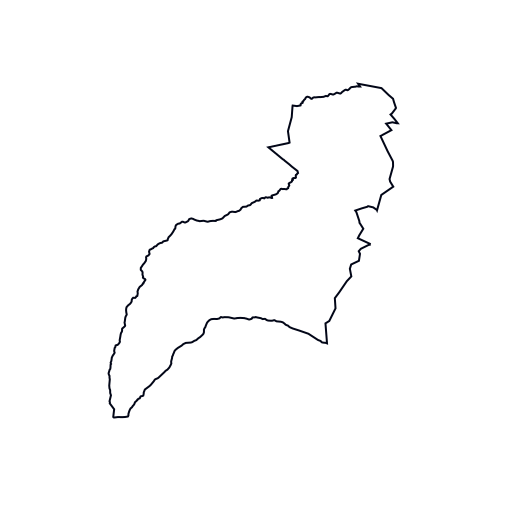 Bulilima, Matabeleland South, Zimbabwe, rotated 291°
{"feature_id": "62879985B39326733261715", "entity_name": "Bulilima", "entity_type": "district", "adm_level": 2, "iso_a3": "ZWE", "parent_name": "Zimbabwe", "parent_adm1": "Matabeleland South", "projection": "robinson", "projection_center": [27.403, -20.155], "detail": "fine", "context": "isolated", "style": "outline", "palette": "ink", "viewbox_px": 512, "rotation_deg": 291, "n_neighbors": 0, "source": "geoboundaries", "source_scale": "gbopen_adm2", "svg_char_len": 6089}
<svg xmlns="http://www.w3.org/2000/svg" viewBox="0 0 512 512"><g transform="rotate(291 256 256)"><path d="M409.0,236.4L398.4,239.6L384.0,241.1L373.9,246.7L373.2,246.0L361.9,228.6L355.9,246.4L355.8,247.4L355.3,248.5L353.5,254.2L352.3,257.4L350.2,264.3L348.5,265.5L347.5,264.9L346.8,264.9L346.0,264.2L344.9,264.4L343.8,265.1L343.1,265.0L342.8,264.6L342.2,263.0L341.3,262.3L340.8,262.4L340.5,263.1L340.3,263.2L339.5,262.5L338.9,262.8L338.2,262.7L337.0,261.9L336.4,261.2L335.4,260.6L334.9,260.8L334.2,261.5L333.7,261.8L332.0,261.4L330.8,261.7L330.2,261.0L329.3,260.7L329.1,260.2L328.7,258.4L328.0,256.8L327.9,255.7L327.4,255.0L325.1,254.3L324.4,253.7L323.6,253.8L322.6,253.8L321.3,253.0L320.6,252.4L318.5,249.6L317.9,249.0L317.5,249.1L316.9,249.7L316.0,250.2L315.7,249.6L315.8,248.4L315.6,247.9L315.5,247.3L315.2,246.8L314.6,246.1L314.5,244.8L314.3,244.1L314.0,243.8L314.0,243.7L312.8,243.1L312.7,242.7L312.8,241.9L312.1,240.6L311.5,240.0L310.6,239.3L309.8,239.5L309.3,239.5L308.4,238.2L308.1,236.9L307.9,236.5L306.1,235.4L303.8,233.1L301.9,232.5L301.3,232.1L300.3,230.5L298.7,229.4L297.2,226.2L295.5,225.2L293.6,224.9L292.0,223.9L291.2,222.7L290.3,221.9L289.6,220.9L288.8,217.7L287.6,216.1L287.2,215.7L285.1,215.1L284.3,214.5L282.2,212.5L279.1,211.2L278.1,210.2L277.1,209.0L275.3,206.3L275.0,206.0L274.3,205.9L273.4,203.2L272.1,200.6L270.7,198.7L270.5,197.8L270.2,194.9L270.0,194.2L268.3,190.9L268.2,189.7L267.9,188.1L267.9,185.3L268.1,184.1L267.9,182.2L267.1,181.1L266.4,180.4L264.7,180.2L264.0,179.9L262.0,178.1L261.7,177.3L261.8,175.6L261.5,174.7L259.0,173.1L258.3,171.8L256.9,170.7L256.2,170.3L255.0,170.2L253.7,170.5L253.2,170.7L252.7,170.7L252.2,170.6L251.9,170.3L249.2,170.0L246.1,169.3L244.2,168.6L242.3,167.7L240.4,167.6L239.1,167.8L238.6,167.4L236.7,164.6L236.2,164.1L235.0,163.7L234.5,163.2L233.9,162.1L232.9,161.1L231.6,160.1L229.4,159.3L228.8,158.3L227.6,157.4L226.5,157.2L225.7,156.3L225.0,155.9L224.2,154.9L223.5,154.5L221.7,154.6L219.8,155.9L218.0,155.4L216.4,153.9L215.5,153.8L213.9,154.6L211.9,154.9L209.0,154.2L207.6,153.6L205.1,153.1L203.8,152.7L202.2,153.2L201.7,153.5L200.8,155.4L199.8,156.1L197.9,156.7L196.3,158.0L195.3,158.2L194.9,158.9L194.7,160.6L194.3,161.2L193.8,161.3L192.1,160.8L190.2,160.7L190.2,160.4L188.0,160.0L185.5,158.5L182.7,158.0L180.4,158.1L178.7,159.0L176.2,159.5L176.0,159.4L175.4,158.7L174.4,158.6L173.6,158.2L173.0,156.3L171.8,155.8L170.6,155.7L168.9,156.2L167.6,156.0L166.1,155.5L164.1,154.3L161.9,153.5L160.7,153.6L158.9,154.1L156.9,155.1L155.5,156.0L154.9,156.3L152.8,156.0L151.5,156.1L147.7,157.0L146.8,157.1L144.1,158.8L143.7,158.8L142.7,158.4L140.3,157.1L139.6,157.2L138.8,157.6L137.4,157.9L135.6,157.6L134.0,157.8L132.2,158.2L128.5,158.9L127.1,159.7L125.5,159.5L123.7,158.8L123.3,158.5L122.7,157.5L122.1,157.0L120.6,157.3L119.5,157.0L116.5,157.6L115.0,158.7L112.8,158.3L112.0,158.0L109.5,157.8L107.0,158.4L105.7,158.6L104.4,158.5L103.7,158.9L103.3,159.4L102.4,159.2L99.4,160.2L98.2,160.4L97.3,160.1L96.6,160.2L93.7,160.4L92.6,161.1L91.6,162.2L89.8,162.9L88.5,163.7L82.5,165.4L80.0,166.6L78.5,167.9L75.8,169.0L74.0,170.5L67.9,171.3L67.2,172.0L66.0,172.3L62.1,178.5L54.6,180.4L54.3,181.1L54.5,181.7L56.1,184.7L57.8,189.3L58.8,191.5L60.2,193.9L60.5,194.0L61.6,194.0L62.8,193.5L65.2,193.3L67.0,193.3L68.7,193.5L70.3,194.4L71.9,194.7L72.4,195.0L73.8,195.4L74.8,195.5L75.8,195.4L76.5,195.6L77.7,196.3L79.1,196.7L79.1,196.9L80.5,197.3L81.2,198.2L81.5,198.5L83.3,198.5L83.7,198.7L84.7,200.3L85.3,200.8L87.2,200.5L88.3,200.1L91.5,200.1L96.4,203.2L98.1,204.0L102.6,205.5L104.2,205.8L104.9,206.2L106.6,208.0L107.3,208.5L115.0,212.2L115.9,212.5L117.1,213.2L118.1,214.0L121.0,215.1L122.5,215.2L123.1,215.4L124.3,215.4L125.2,215.5L126.8,214.7L127.8,214.5L130.7,214.2L132.0,213.8L133.5,214.0L134.7,213.9L135.8,214.0L138.1,214.0L139.6,214.5L142.2,216.0L145.7,218.7L147.7,219.7L149.7,221.6L151.8,226.1L152.7,227.3L154.7,228.8L156.1,230.4L158.5,231.6L160.3,232.9L163.4,234.4L164.6,234.8L166.2,234.7L168.6,233.8L169.9,233.8L171.6,234.2L172.9,234.1L176.0,234.2L177.2,234.5L179.4,235.5L181.0,236.9L182.2,239.3L183.2,242.2L184.6,244.2L186.3,245.0L186.5,245.4L186.6,246.7L187.7,248.7L189.0,252.4L189.8,258.1L190.3,258.9L190.6,259.6L191.2,260.4L192.6,263.5L193.9,267.6L193.9,268.3L194.1,269.3L194.2,272.1L194.5,272.8L195.8,274.4L196.3,274.6L197.0,274.6L197.4,274.8L198.4,277.1L198.9,277.6L199.0,278.9L199.7,282.8L199.5,284.8L200.3,286.4L200.5,286.9L200.5,287.3L200.0,288.9L200.1,290.5L200.9,293.1L201.5,294.5L202.3,295.5L202.7,296.3L202.4,298.2L202.4,298.7L203.5,302.6L203.7,304.7L203.1,306.9L202.5,308.2L202.4,309.4L202.5,310.6L201.7,312.7L201.6,313.6L201.5,316.3L201.9,323.1L202.2,332.8L199.8,344.0L199.8,346.8L199.3,347.7L199.0,348.7L199.5,350.9L199.9,352.0L199.9,353.6L218.0,345.0L221.6,347.7L235.6,349.0L244.9,344.7L251.9,346.7L265.0,349.8L271.1,352.3L277.7,348.2L282.2,347.9L288.4,353.8L295.3,352.3L297.3,350.2L300.3,351.3L306.5,357.0L307.3,358.1L307.5,357.9L308.2,357.9L309.1,344.7L312.4,345.0L319.9,346.4L323.2,342.0L324.0,340.8L325.7,339.9L332.9,334.0L334.0,332.4L338.4,337.7L341.8,342.2L342.7,342.8L343.4,348.0L342.3,352.4L342.1,352.6L357.9,351.1L369.9,359.3L373.5,354.6L375.7,353.1L388.4,351.9L389.2,351.7L392.9,350.2L393.9,349.4L401.0,341.3L412.6,329.2L422.0,337.3L426.2,330.1L429.7,335.4L430.4,340.0L430.7,340.8L433.6,336.0L436.3,330.9L437.7,331.8L443.9,333.6L444.4,333.6L449.1,329.7L451.9,327.6L453.8,322.2L457.7,313.0L453.4,289.6L451.5,292.4L450.9,290.9L450.6,289.3L449.8,288.3L448.0,284.8L447.6,284.3L446.8,283.8L445.4,283.3L444.0,282.5L443.5,281.9L443.5,280.3L442.7,279.4L439.9,277.6L438.4,277.0L437.8,276.4L437.5,273.0L437.2,272.6L435.2,271.1L434.3,270.1L434.1,267.9L433.9,267.1L433.3,266.5L431.8,266.1L430.9,265.7L430.7,265.3L430.5,263.9L428.8,262.0L427.2,258.7L427.1,258.1L425.3,254.5L425.0,253.4L424.1,252.4L422.9,251.9L422.7,251.7L422.6,251.0L423.3,249.1L423.2,247.2L423.0,246.7L422.4,246.1L421.6,245.7L420.2,245.6L419.1,245.0L417.7,244.7L416.8,244.1L416.5,244.1L416.1,244.6L415.6,244.6L414.7,243.6L413.9,243.3L413.5,243.3L412.9,243.6L412.5,243.6L410.6,240.5L409.6,236.3L409.0,236.4Z" fill="none" stroke="#020617" stroke-width="2"/></g></svg>